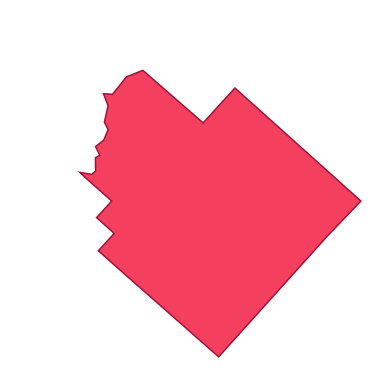 Christian, Illinois, United States of America (Equal Earth projection), rotated 312°
{"feature_id": "52423323B8953724848659", "entity_name": "Christian", "entity_type": "district", "adm_level": 2, "iso_a3": "USA", "parent_name": "United States of America", "parent_adm1": "Illinois", "projection": "equal_earth", "projection_center": [-89.314, 39.586], "detail": "fine", "context": "isolated", "style": "filled", "palette": "rose", "viewbox_px": 384, "rotation_deg": 312, "n_neighbors": 0, "source": "geoboundaries", "source_scale": "gbopen_adm2", "svg_char_len": 524}
<svg xmlns="http://www.w3.org/2000/svg" viewBox="0 0 384 384"><g transform="rotate(312 192 192)"><path d="M218.0,67.2L211.3,67.5L205.9,60.4L199.9,71.9L185.2,80.2L182.3,87.9L171.5,91.7L161.2,89.9L157.6,98.9L152.9,97.3L143.0,106.4L138.0,105.6L131.5,95.5L131.3,103.3L131.5,138.4L109.1,138.2L109.2,161.9L85.7,161.7L85.7,177.5L86.1,217.6L86.2,225.6L87.3,322.1L250.6,322.1L298.3,323.6L298.0,154.5L298.0,154.3L250.8,154.0L250.5,136.2L249.5,74.0L233.7,66.2L218.0,67.2Z" fill="#f43f5e" stroke="#9f1239" stroke-width="1.5"/></g></svg>